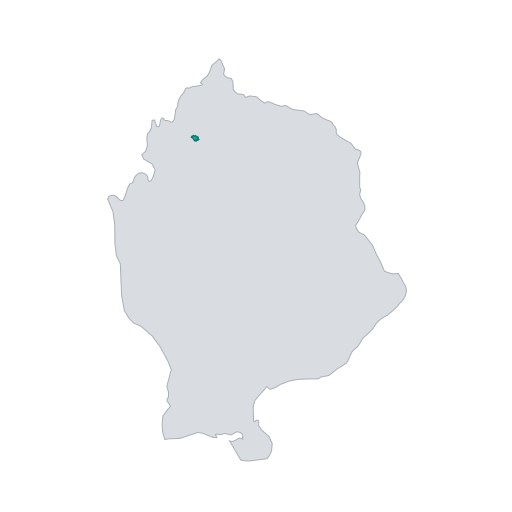 Zorlentu Mare, Caras-Severin, Romania (highlighted), rotated 78°
{"feature_id": "2599482B11018048570777", "entity_name": "Zorlentu Mare", "entity_type": "district", "adm_level": 2, "iso_a3": "ROU", "parent_name": "Romania", "parent_adm1": "Caras-Severin", "projection": "orthographic", "projection_center": [21.979, 45.459], "detail": "fine", "context": "in_parent", "style": "filled", "palette": "teal", "viewbox_px": 512, "rotation_deg": 78, "n_neighbors": 0, "source": "geoboundaries", "source_scale": "gbopen_adm2", "svg_char_len": 4820}
<svg xmlns="http://www.w3.org/2000/svg" viewBox="0 0 512 512"><g transform="rotate(78 256 256)"><path d="M392.5,281.5L397.4,287.4L403.3,290.2L416.7,292.7L417.9,292.1L417.9,291.5L416.9,290.6L416.7,289.5L417.2,288.0L419.0,287.8L422.1,288.8L427.6,286.5L435.4,280.8L442.9,279.1L450.1,281.4L454.0,284.4L456.5,287.5L456.2,291.6L456.0,294.1L455.2,304.6L454.3,308.6L452.6,313.2L431.4,320.3L432.6,317.7L431.7,313.4L430.5,310.2L432.3,307.0L427.3,306.4L425.3,308.2L423.9,311.2L425.9,317.6L423.9,321.5L423.1,323.6L423.4,328.4L422.2,330.6L422.1,332.8L425.5,332.0L424.3,336.2L418.4,344.7L416.5,349.7L418.6,368.4L416.6,379.9L416.6,383.3L409.6,383.9L407.4,383.8L400.7,382.7L393.0,380.3L388.2,374.8L385.1,370.8L378.9,373.2L377.6,372.8L375.8,370.9L370.9,369.9L365.0,370.3L351.4,363.5L349.8,362.4L339.5,364.3L324.2,368.9L312.6,374.2L300.8,383.1L296.1,389.6L290.4,393.2L282.3,396.1L267.5,395.7L252.0,393.2L235.4,390.3L226.6,392.5L214.5,391.4L196.2,387.7L182.7,386.7L169.4,389.3L167.1,387.5L166.6,385.4L167.1,382.5L168.9,380.1L172.1,378.2L173.8,376.4L174.0,374.5L170.3,371.6L162.9,367.5L159.8,365.0L159.1,364.4L158.9,362.1L157.3,360.3L154.4,359.0L152.2,356.6L150.6,353.1L150.9,349.8L153.2,346.7L156.0,345.4L159.5,345.8L160.9,344.9L160.3,342.7L156.9,340.0L150.7,336.7L144.3,338.6L137.9,345.6L133.3,346.7L130.4,342.0L125.3,339.2L118.1,338.3L113.6,336.5L111.9,333.8L108.8,331.7L101.8,329.4L101.7,327.3L102.8,326.8L105.3,326.6L108.7,326.2L109.2,325.0L109.2,323.9L106.6,322.4L104.0,321.5L102.6,320.5L101.7,319.5L101.6,318.4L102.3,317.6L103.4,317.6L104.5,316.9L105.1,314.4L106.5,312.3L107.5,311.5L107.5,310.0L106.4,308.5L105.0,307.3L102.9,306.5L96.3,304.2L93.0,301.2L90.9,301.0L87.7,299.3L84.2,296.6L81.3,292.8L78.1,290.3L77.2,289.3L77.2,288.4L77.8,287.3L77.8,286.2L77.0,282.5L77.6,278.6L77.5,274.9L77.5,273.2L76.9,272.7L76.3,273.3L75.5,274.0L74.7,274.1L72.4,271.4L69.4,265.9L67.4,264.0L63.5,261.4L60.2,259.3L57.9,254.7L55.5,251.1L57.1,249.7L66.7,247.8L71.1,249.9L73.1,249.2L75.1,247.6L76.1,246.3L76.4,244.9L77.3,243.2L80.6,242.4L89.0,243.6L92.5,241.2L93.8,239.9L94.6,237.0L95.5,234.6L98.5,233.4L98.5,231.2L98.1,228.9L99.9,223.7L101.0,221.6L102.7,220.8L104.7,219.2L108.3,215.8L107.5,212.8L108.3,210.6L112.0,205.3L114.9,200.1L114.8,197.5L115.2,195.3L117.7,192.8L120.4,189.6L123.8,179.5L125.1,177.8L127.3,175.9L129.0,174.0L129.2,167.4L130.8,165.5L133.8,163.4L136.7,159.9L139.2,155.8L141.0,153.9L143.5,153.4L146.2,151.8L149.2,151.2L152.1,151.9L153.9,151.5L156.7,149.5L163.7,142.0L164.7,140.5L166.2,139.4L171.9,136.8L173.3,134.2L175.3,131.9L177.8,132.0L186.2,137.6L195.2,137.0L196.8,137.2L197.3,137.3L198.4,137.8L210.4,140.3L212.2,140.0L212.7,139.7L217.5,141.9L221.7,141.5L225.7,139.8L229.9,139.1L233.7,139.9L236.8,143.1L244.6,149.9L247.0,152.4L250.4,151.9L254.2,150.4L257.9,145.6L269.7,139.8L278.7,138.1L287.5,135.5L297.7,133.5L300.4,129.0L301.9,126.0L302.7,120.5L308.1,118.6L313.3,117.2L315.1,116.4L318.9,115.9L321.9,116.2L326.6,118.6L330.0,121.8L331.5,124.4L334.5,128.1L337.7,133.2L341.4,140.1L342.3,143.6L343.8,147.4L346.5,152.0L351.5,156.9L352.2,157.9L354.5,161.4L359.1,169.3L362.7,172.3L365.9,175.6L367.6,179.1L369.9,182.2L375.2,186.1L379.5,189.7L383.6,200.7L386.2,205.7L388.0,209.6L387.9,217.6L389.1,221.0L387.7,227.4L385.4,240.3L385.3,250.3L386.3,255.7L386.7,259.2L387.7,261.3L388.9,265.8L389.4,269.8L388.2,271.0L386.6,272.1L386.0,273.0L387.7,274.7L390.1,277.8L392.5,281.5Z" fill="#d9dde1" stroke="#a8b0b8" stroke-width="1"/><path d="M130.7,291.7L130.5,291.4L130.4,291.4L130.3,291.2L130.2,290.9L130.3,290.9L130.5,290.8L130.6,290.6L130.8,290.6L130.9,290.4L131.0,290.3L131.0,290.2L130.8,290.0L130.6,289.8L130.4,289.7L130.1,289.4L130.3,289.4L130.5,289.2L130.6,288.9L130.4,288.8L130.4,288.7L130.2,288.6L130.1,288.4L129.9,288.4L129.7,288.3L129.8,288.3L129.7,288.3L129.8,288.3L129.8,288.2L129.7,288.2L129.7,288.3L129.7,288.2L129.6,288.3L129.6,288.5L129.4,288.4L129.2,288.3L129.0,288.2L128.9,288.2L128.9,288.3L128.9,288.5L128.7,288.4L128.5,288.2L128.4,288.2L128.2,288.0L127.9,288.1L127.8,288.3L127.7,288.3L127.4,288.3L127.3,288.6L127.3,288.8L127.3,289.0L127.2,289.1L127.1,289.3L127.1,289.5L126.9,289.6L126.7,289.5L126.4,289.5L126.2,289.5L126.2,289.4L126.2,289.5L126.0,289.8L126.1,290.0L126.0,290.3L125.9,290.3L125.9,290.5L125.8,291.3L125.7,291.5L125.4,291.9L125.3,292.1L125.5,292.2L125.5,292.3L125.4,292.4L125.5,292.5L125.5,292.8L125.7,293.0L125.6,293.3L125.6,293.5L125.7,293.8L125.8,293.9L125.9,294.1L126.0,294.2L126.2,294.3L126.4,294.3L126.5,294.4L126.7,294.5L126.8,294.5L127.0,294.5L126.9,294.5L126.9,294.4L126.8,294.1L126.8,293.8L126.8,293.7L127.0,293.6L127.2,293.4L127.3,293.4L127.5,293.0L127.6,292.9L127.8,292.8L127.9,292.7L128.0,292.7L128.4,292.7L128.5,292.7L128.9,292.7L129.0,292.6L129.3,292.5L129.4,292.4L129.5,292.4L129.6,292.2L129.8,292.2L130.1,292.0L130.5,291.9L130.7,291.7Z" fill="#14b8a6" stroke="#0f766e" stroke-width="1.5"/></g></svg>